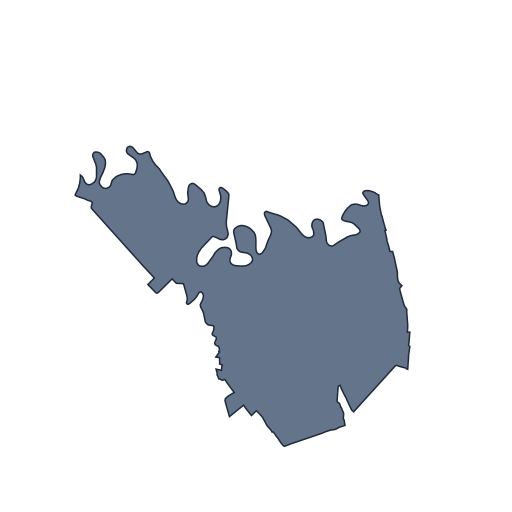 Victoria, Iasi, Romania (Mercator projection), rotated 316°
{"feature_id": "2599482B79977149593051", "entity_name": "Victoria", "entity_type": "district", "adm_level": 2, "iso_a3": "ROU", "parent_name": "Romania", "parent_adm1": "Iasi", "projection": "mercator", "projection_center": [27.595, 47.318], "detail": "fine", "context": "isolated", "style": "filled", "palette": "slate", "viewbox_px": 512, "rotation_deg": 316, "n_neighbors": 0, "source": "geoboundaries", "source_scale": "gbopen_adm2", "svg_char_len": 6112}
<svg xmlns="http://www.w3.org/2000/svg" viewBox="0 0 512 512"><g transform="rotate(316 256 256)"><path d="M286.4,442.9L296.2,434.1L296.1,433.9L303.8,428.0L303.7,426.2L305.5,424.9L313.8,417.6L312.0,416.0L317.1,411.2L326.0,400.4L326.5,400.2L327.4,399.1L327.9,396.6L327.9,395.7L329.1,392.9L335.8,380.5L336.8,379.1L340.4,378.7L340.2,375.3L340.5,373.7L341.0,372.5L342.7,369.9L346.6,365.7L354.1,353.6L357.4,347.7L355.5,345.8L357.8,341.9L361.0,335.6L361.6,335.2L366.5,327.2L367.5,327.8L368.8,324.8L374.6,314.3L374.8,313.4L379.9,305.6L386.0,298.2L386.7,297.5L385.8,295.1L385.6,293.3L384.6,290.9L382.7,287.5L380.7,285.4L378.7,284.4L377.6,284.4L376.8,284.7L376.3,285.2L375.7,287.9L374.9,293.4L374.6,294.6L373.7,296.0L372.6,296.6L371.2,296.5L370.2,296.2L368.1,294.7L367.5,294.0L364.7,289.0L363.3,287.4L360.7,285.7L358.8,285.3L355.0,285.2L352.1,285.5L348.3,286.4L345.8,287.3L343.7,288.6L343.4,289.0L343.2,289.6L343.6,291.3L344.7,293.4L346.8,296.3L348.1,298.5L348.6,299.9L348.9,303.0L349.0,308.3L348.5,310.0L348.0,310.6L347.3,310.9L345.3,311.0L343.1,310.4L338.2,307.1L334.8,305.7L325.1,303.3L319.0,302.3L318.1,301.9L317.3,301.3L316.2,299.8L315.9,298.3L316.2,295.7L316.8,294.5L320.1,290.3L327.3,279.0L327.6,278.0L327.5,275.5L327.2,274.5L325.9,272.2L324.2,270.9L322.0,270.4L319.0,271.4L316.6,273.6L315.2,277.1L314.4,278.4L312.8,280.5L312.0,281.0L310.3,281.2L309.3,281.0L308.0,280.5L305.9,278.8L304.7,276.4L304.2,273.6L304.4,269.8L305.0,263.8L304.2,254.1L303.9,251.9L301.5,244.5L300.5,242.1L296.3,234.8L294.9,231.7L294.4,231.0L293.5,230.6L292.0,230.9L290.9,232.1L290.3,233.3L286.0,246.2L284.5,248.8L282.9,250.1L280.5,251.3L275.7,253.1L268.1,256.9L266.7,257.3L262.3,258.1L260.0,257.5L259.4,256.8L258.9,254.8L259.7,252.4L262.0,249.6L266.8,244.7L268.7,242.4L270.1,240.4L271.0,237.5L271.0,234.2L270.8,231.4L269.7,228.3L268.3,225.8L266.6,223.8L264.5,222.5L262.9,221.9L259.8,221.5L258.6,221.8L257.1,222.7L255.9,224.2L250.8,232.6L247.5,237.4L247.2,238.8L247.3,241.3L248.1,243.0L251.7,247.8L252.7,251.1L252.7,252.1L252.5,253.4L252.1,254.5L251.3,256.0L249.5,257.1L247.6,257.5L244.8,257.1L242.4,256.2L240.3,254.8L237.8,252.4L234.1,248.1L233.4,246.7L233.0,245.4L232.9,244.4L233.0,243.2L233.4,242.1L234.2,241.0L235.3,240.0L238.9,238.2L240.1,237.2L241.2,235.8L241.8,234.4L242.0,233.1L241.9,231.9L241.5,230.6L239.9,228.4L236.9,226.0L233.8,225.1L229.0,225.2L224.4,226.4L216.8,227.8L213.8,227.8L212.3,227.4L210.8,226.7L208.8,224.4L208.4,223.4L208.3,222.3L208.8,220.0L209.4,218.9L212.0,216.2L214.6,214.6L217.0,213.6L221.9,212.4L237.6,211.7L238.4,211.8L239.1,212.6L240.4,215.4L241.6,219.1L243.4,221.3L244.5,222.0L246.3,222.6L248.5,222.5L251.0,221.1L251.8,220.2L255.5,214.0L258.2,210.9L277.8,194.3L279.0,193.1L279.6,191.9L279.8,190.5L279.7,187.7L279.0,183.6L278.7,182.6L277.9,182.0L277.0,181.9L276.1,182.0L275.2,182.9L272.4,188.2L271.0,189.8L268.8,191.6L266.4,192.7L264.7,193.1L263.2,193.0L261.7,192.6L260.3,191.7L259.2,190.6L258.2,188.7L257.8,186.6L257.9,184.3L258.3,182.6L260.6,178.7L261.6,176.7L262.4,174.6L262.7,170.7L262.1,163.7L261.5,160.7L261.1,160.0L259.4,158.8L257.4,158.7L256.5,158.9L254.8,159.9L250.9,162.9L246.9,168.1L245.8,169.0L244.7,169.5L243.5,169.7L241.1,169.3L240.2,168.8L238.4,166.4L237.6,163.6L237.6,161.0L238.5,158.0L241.4,152.0L243.5,145.3L244.8,140.7L246.3,129.5L247.0,126.3L247.0,120.8L247.6,116.2L249.3,110.9L251.1,107.7L251.1,106.7L250.8,105.8L249.9,105.2L245.0,103.3L243.6,102.4L242.9,101.4L242.3,100.1L242.3,98.4L242.7,93.6L242.7,92.1L242.3,90.8L241.8,89.8L241.0,89.2L240.1,88.7L239.0,88.6L237.6,89.0L236.5,89.7L235.4,91.0L234.9,92.4L234.8,93.7L236.1,100.5L236.2,102.5L236.0,104.0L234.9,106.6L234.0,107.9L231.2,110.3L226.8,112.7L225.2,112.7L224.4,112.3L220.6,107.4L218.6,105.7L215.7,103.7L210.9,101.8L206.8,101.6L204.6,101.9L200.4,104.3L197.8,104.4L194.9,103.2L193.5,101.2L193.2,99.9L193.1,98.5L193.3,96.6L194.0,94.7L195.1,93.5L198.6,91.6L203.8,89.7L208.4,87.5L211.1,85.7L213.2,83.6L214.2,82.2L214.9,80.3L215.2,77.9L215.3,75.0L215.2,73.5L214.2,71.2L212.6,69.5L211.8,69.1L210.7,69.1L209.6,69.4L208.4,70.2L207.7,71.1L204.5,78.8L202.8,81.5L196.1,88.4L194.4,89.5L192.9,90.2L191.1,90.5L188.2,90.2L185.7,89.1L184.8,88.0L184.3,87.0L184.1,85.8L184.2,84.5L184.4,83.3L185.9,79.5L186.1,78.2L185.9,75.7L183.4,78.2L179.4,81.4L177.6,82.3L176.2,83.4L168.2,86.5L168.3,87.9L172.5,95.9L173.4,98.4L175.4,102.4L175.4,103.6L174.8,104.3L171.8,106.0L170.7,107.4L167.9,185.2L167.6,201.2L158.4,201.4L158.4,213.0L158.9,213.9L160.0,214.4L179.8,214.2L179.7,220.3L184.6,225.5L179.4,235.2L178.0,237.6L176.3,239.6L173.8,241.1L173.3,241.6L173.1,242.8L173.6,243.6L175.2,244.1L182.1,244.4L185.1,244.0L189.6,242.7L190.2,242.8L191.2,243.4L191.5,243.9L191.7,245.2L191.5,246.2L190.7,247.8L189.7,248.8L187.2,250.4L182.4,252.1L181.8,252.6L180.7,254.4L179.6,258.1L178.6,260.6L174.1,267.7L173.6,269.0L173.5,269.7L173.7,272.3L176.4,276.0L176.8,276.6L176.8,277.3L176.6,277.7L175.3,278.9L173.3,280.3L170.5,281.4L170.0,282.1L169.9,283.3L170.9,286.0L170.8,286.8L170.6,287.3L169.8,288.1L166.1,289.7L165.4,290.4L165.1,291.5L165.4,293.0L166.1,295.0L166.1,295.5L165.3,297.3L164.4,298.2L163.0,298.7L163.1,299.7L156.8,300.8L159.2,303.7L154.8,308.5L156.1,311.0L154.8,311.6L151.7,314.2L148.7,309.6L146.8,313.1L146.2,313.8L145.4,314.4L144.8,316.6L143.8,318.5L144.3,318.8L144.7,319.5L145.1,321.4L145.3,321.7L146.0,322.4L147.8,323.2L146.9,328.1L145.5,339.0L138.6,337.4L134.9,337.3L133.1,338.6L125.3,353.1L143.5,354.7L142.8,358.0L141.9,367.6L148.7,367.6L148.9,371.0L148.7,375.6L148.5,377.0L146.1,385.8L145.8,391.6L145.3,393.8L145.6,393.8L146.0,394.4L146.0,396.9L145.4,399.0L145.1,403.0L144.3,406.4L143.9,410.2L144.0,412.2L144.7,412.9L150.5,415.3L180.2,429.3L183.4,430.5L188.6,433.0L192.4,435.7L195.3,436.7L195.7,436.5L202.4,439.7L202.6,439.1L203.3,438.4L203.9,437.1L204.3,436.9L205.5,435.2L205.4,434.4L206.0,433.5L209.3,430.6L210.1,429.5L210.2,428.8L210.6,428.3L210.8,427.3L212.2,424.1L212.1,423.1L213.5,420.7L213.6,418.9L213.2,418.0L213.4,416.8L224.6,406.8L226.7,407.4L225.2,410.7L222.7,418.6L222.3,420.6L221.6,422.0L217.8,433.2L218.0,435.9L280.1,431.8L281.1,432.3L283.2,436.3L285.8,440.4L285.8,441.4L286.4,442.9Z" fill="#64748b" stroke="#1e293b" stroke-width="1.5"/></g></svg>